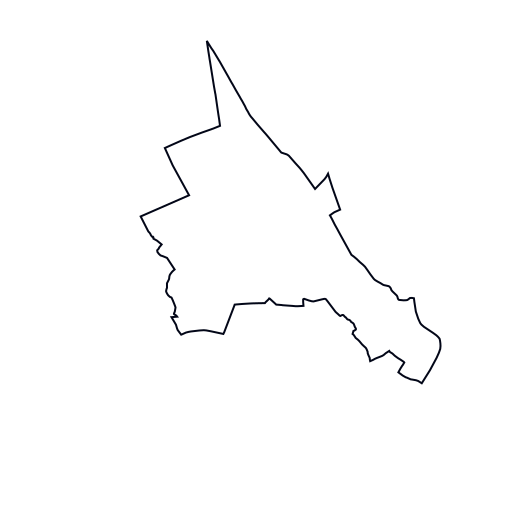 Hoc Mon, Hồ Chí Minh city, Vietnam, rotated 53°
{"feature_id": "81297802B64363050509880", "entity_name": "Hoc Mon", "entity_type": "district", "adm_level": 2, "iso_a3": "VNM", "parent_name": "Vietnam", "parent_adm1": "Hồ Chí Minh city", "projection": "mercator", "projection_center": [106.609, 10.878], "detail": "fine", "context": "isolated", "style": "outline", "palette": "ink", "viewbox_px": 512, "rotation_deg": 53, "n_neighbors": 0, "source": "geoboundaries", "source_scale": "gbopen_adm2", "svg_char_len": 4519}
<svg xmlns="http://www.w3.org/2000/svg" viewBox="0 0 512 512"><g transform="rotate(53 256 256)"><path d="M254.0,360.3L262.1,361.2L262.8,361.3L266.2,362.6L268.0,363.1L270.8,363.1L273.8,363.1L274.1,362.0L275.0,358.0L276.0,355.6L277.1,353.4L281.5,345.9L283.8,342.4L285.4,340.6L288.9,337.4L298.6,329.0L297.7,327.2L290.6,315.9L282.8,303.5L282.0,302.3L282.9,300.8L286.0,295.9L290.3,289.4L291.8,287.2L293.8,284.4L295.3,282.3L296.7,280.4L299.0,277.2L298.8,276.7L298.6,275.7L298.5,274.6L298.3,273.0L298.2,272.2L298.1,271.7L297.9,271.4L297.8,271.0L298.1,270.8L298.4,270.7L299.4,270.5L303.1,269.8L305.2,269.4L307.0,269.1L308.4,267.5L310.8,264.8L311.3,264.4L318.0,256.7L318.3,256.4L320.0,254.5L321.4,252.6L321.8,252.0L324.4,248.1L321.1,246.0L319.0,244.4L319.0,243.8L319.2,243.3L322.2,241.3L323.4,240.5L325.7,238.7L326.9,237.4L330.2,229.7L331.2,227.5L331.6,226.9L332.0,226.5L332.5,226.2L335.0,226.1L346.3,226.1L348.4,226.1L349.6,225.9L352.0,225.4L353.9,225.1L354.6,224.8L354.9,223.2L355.1,222.5L355.8,221.8L356.6,221.7L358.2,221.6L358.8,221.3L359.9,221.2L361.1,221.2L362.2,220.8L362.7,220.3L363.2,220.0L363.5,219.8L364.7,219.6L365.9,219.7L366.9,219.3L368.1,218.9L368.8,218.8L370.5,219.2L372.0,219.7L374.0,219.9L374.8,220.5L374.8,222.2L374.5,223.3L375.2,224.2L376.4,225.8L377.4,225.5L378.8,225.5L381.5,225.7L384.1,225.0L386.2,224.7L390.4,224.5L392.8,224.1L395.4,223.6L397.1,223.8L399.7,224.5L400.9,225.3L402.9,225.9L405.7,226.5L407.4,227.5L408.7,228.1L409.5,224.6L409.6,223.3L410.1,221.1L411.0,218.0L411.7,215.4L411.9,213.7L411.7,210.9L412.0,206.7L412.5,206.8L413.3,206.8L414.6,206.3L415.8,205.8L416.8,205.6L418.1,205.4L419.2,205.2L420.9,204.7L423.2,204.0L425.9,202.9L428.6,202.0L429.4,201.7L429.8,201.7L430.3,201.7L430.4,202.0L431.3,204.1L431.7,205.5L432.9,208.6L434.6,212.3L439.7,210.8L443.0,209.4L443.8,208.8L447.6,206.7L448.8,205.5L451.5,203.0L453.4,201.7L457.4,200.2L455.1,194.2L451.9,185.8L448.4,178.2L446.0,173.0L443.3,168.1L441.1,164.8L438.9,162.8L436.7,161.3L434.2,159.9L432.6,159.2L431.7,159.2L430.0,159.3L427.8,159.7L423.9,160.9L413.6,164.5L410.2,165.2L408.4,165.2L403.8,164.2L396.6,161.8L387.9,157.1L384.8,155.3L383.5,156.5L382.8,157.4L382.5,157.9L382.2,158.5L382.3,160.2L382.2,161.6L382.0,162.1L381.4,163.1L380.3,164.7L377.6,167.7L377.2,168.1L376.9,168.3L376.5,168.4L376.0,168.4L374.8,168.1L373.7,167.6L372.7,167.4L372.0,167.4L371.4,167.5L366.5,168.3L364.8,168.4L363.5,168.0L362.6,167.8L361.6,167.8L360.6,167.9L359.8,168.3L357.9,169.9L356.3,171.3L355.3,171.9L352.6,172.9L349.8,174.2L347.3,175.2L346.4,175.5L345.0,175.7L343.6,175.7L339.3,175.7L334.5,175.5L330.2,175.4L327.5,175.8L325.7,176.2L323.0,176.8L319.0,177.4L315.5,178.2L312.5,179.1L290.7,176.0L284.7,175.1L284.2,175.0L278.3,174.2L272.3,173.1L268.9,172.6L268.0,172.5L268.1,168.8L268.2,167.0L269.6,160.9L247.5,153.9L238.6,150.8L233.6,148.9L235.1,152.3L235.9,155.1L238.0,168.5L218.5,167.9L214.1,168.0L211.9,168.1L205.5,168.7L195.8,169.4L194.5,169.8L193.3,170.3L192.2,171.1L191.7,171.4L191.2,171.8L190.3,172.4L188.7,173.5L188.4,173.5L188.2,173.6L185.4,173.7L175.5,174.2L167.2,174.6L163.9,174.8L161.7,175.0L151.6,175.7L145.1,176.0L144.7,176.0L141.9,176.2L140.7,176.2L139.1,176.1L138.4,176.0L138.0,176.0L136.6,175.7L132.7,175.3L132.3,175.2L129.6,174.6L127.4,174.3L124.1,173.8L120.4,173.4L120.0,173.3L111.5,172.3L105.0,171.4L102.2,171.1L100.9,170.9L100.7,170.9L95.9,170.2L92.0,169.7L78.4,167.9L78.0,167.9L66.5,166.7L63.2,166.6L57.4,166.1L54.6,165.8L63.2,170.5L69.8,174.0L70.3,174.3L73.2,175.8L84.9,182.0L95.1,187.4L101.4,190.6L102.5,191.1L113.6,197.2L120.0,200.7L124.5,203.1L130.4,206.4L128.4,213.8L128.1,214.6L128.0,215.1L124.9,224.8L121.2,237.3L118.9,246.4L116.5,256.7L114.9,263.8L133.5,268.0L167.2,272.9L155.0,324.3L171.4,327.2L172.2,327.2L173.2,327.0L174.8,327.1L176.1,327.4L177.7,327.4L178.5,327.2L178.7,326.7L179.0,326.7L179.4,326.7L179.6,326.9L179.8,327.1L180.4,327.5L180.7,327.4L182.8,326.4L184.2,325.8L187.5,325.0L190.0,324.4L190.5,326.4L190.9,328.1L191.2,328.7L191.5,329.1L191.7,329.9L191.8,330.8L192.0,331.5L193.5,332.3L195.8,332.3L198.1,331.9L200.1,330.5L204.0,328.2L217.8,329.1L217.9,330.7L218.1,332.4L218.7,334.7L219.2,336.1L220.1,337.4L221.8,339.0L222.4,339.8L224.2,343.5L225.0,344.1L227.4,345.9L227.9,346.3L228.5,347.3L229.8,348.8L230.4,349.2L231.6,349.5L232.9,349.7L234.4,349.8L235.2,349.7L236.1,349.5L236.8,349.4L237.9,348.7L238.4,348.5L241.2,349.1L244.6,350.0L247.4,350.8L248.6,351.2L249.4,352.0L251.6,354.4L252.5,356.0L252.9,356.4L253.3,356.4L254.3,356.0L255.6,355.5L257.0,355.5L254.0,360.3Z" fill="none" stroke="#020617" stroke-width="2"/></g></svg>